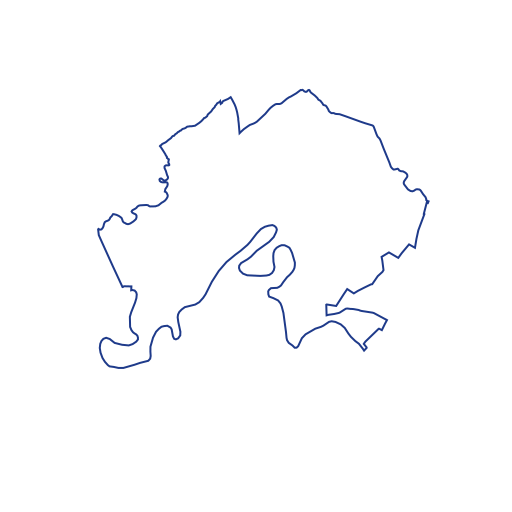 the district of Tutora, Iasi, Romania, rotated 124°
{"feature_id": "2599482B32666452870869", "entity_name": "Tutora", "entity_type": "district", "adm_level": 2, "iso_a3": "ROU", "parent_name": "Romania", "parent_adm1": "Iasi", "projection": "equal_earth", "projection_center": [27.782, 47.144], "detail": "fine", "context": "isolated", "style": "outline", "palette": "blue", "viewbox_px": 512, "rotation_deg": 124, "n_neighbors": 0, "source": "geoboundaries", "source_scale": "gbopen_adm2", "svg_char_len": 6120}
<svg xmlns="http://www.w3.org/2000/svg" viewBox="0 0 512 512"><g transform="rotate(124 256 256)"><path d="M114.2,143.5L114.5,144.7L114.4,146.2L113.5,146.8L112.4,148.4L111.3,152.1L109.7,155.9L109.5,156.7L109.5,157.7L110.5,159.7L111.0,160.3L111.7,160.8L113.5,161.5L114.9,162.5L115.7,164.3L115.8,167.2L115.6,167.9L114.1,172.4L113.7,173.4L113.3,174.0L112.3,174.7L111.0,175.0L106.2,174.9L105.5,175.0L104.7,175.5L104.1,176.1L103.7,176.9L103.5,177.8L103.4,179.2L103.6,181.4L104.7,183.4L105.0,185.0L104.4,186.6L104.4,187.3L106.5,189.2L107.3,190.1L107.4,190.6L107.2,192.3L106.6,194.1L104.0,197.6L95.6,210.2L90.7,217.2L90.0,218.4L89.5,219.5L89.1,221.7L88.6,222.7L87.6,224.3L83.2,230.4L82.7,231.4L82.6,232.1L82.7,232.7L84.8,239.4L86.1,244.1L90.1,260.0L91.7,266.0L93.2,268.6L93.8,269.8L94.0,271.2L94.3,271.9L95.3,273.2L95.4,273.7L95.3,275.5L95.0,276.8L94.1,278.0L92.6,281.3L92.4,282.4L93.0,284.3L93.0,285.0L92.4,286.0L91.3,289.4L91.5,291.7L90.7,293.6L90.1,297.0L89.8,301.8L89.6,302.6L88.7,304.2L88.7,304.9L89.2,305.4L91.5,305.9L92.1,306.5L92.5,307.9L92.2,309.8L92.3,310.5L93.2,311.2L93.4,311.8L98.6,313.6L104.5,316.4L105.9,317.3L108.6,318.4L115.0,320.2L116.2,320.9L117.0,321.7L118.7,324.2L119.7,324.9L122.1,325.9L125.0,326.8L127.4,327.2L133.0,327.8L144.2,330.4L146.0,331.2L147.6,332.1L150.8,334.4L153.3,335.4L157.6,337.0L161.3,337.9L163.4,338.3L155.7,344.5L152.6,347.2L151.9,347.6L147.5,351.9L145.8,353.8L144.0,356.0L142.3,358.5L139.8,363.1L138.5,365.8L141.4,367.0L145.8,369.8L146.7,370.0L147.9,369.7L149.6,370.3L147.8,372.2L148.4,372.2L151.2,373.6L152.6,373.5L154.5,373.8L155.7,373.5L158.3,374.0L161.2,374.0L165.7,375.1L167.4,374.7L169.7,375.4L170.7,376.2L171.6,376.2L174.7,376.7L177.4,377.5L182.1,379.4L184.4,381.9L185.5,383.5L185.9,383.8L186.8,384.9L187.5,385.5L189.2,386.0L190.3,386.7L191.6,387.8L192.6,388.2L194.1,388.5L194.9,389.2L196.0,389.4L197.1,390.1L198.6,390.3L200.1,391.0L202.2,391.2L203.0,392.0L203.9,392.3L205.8,392.4L209.2,393.6L211.5,394.2L212.5,394.6L215.6,396.4L217.0,396.6L218.1,397.1L218.6,397.1L219.0,395.7L220.4,392.4L222.3,388.1L223.0,387.0L223.4,385.8L223.7,385.2L224.3,384.9L224.5,384.7L224.4,384.3L224.7,383.4L224.6,382.7L224.6,382.3L227.2,381.2L227.7,380.8L228.3,379.5L229.0,378.8L229.3,378.8L229.8,379.2L230.7,380.7L231.4,381.5L232.2,381.8L232.7,381.9L233.3,381.7L234.3,380.9L235.8,378.4L238.6,375.0L239.7,373.2L240.2,372.8L240.9,372.5L242.1,372.5L243.4,373.0L244.4,373.7L244.7,374.1L244.9,374.8L244.7,377.5L244.8,378.1L245.6,378.8L246.0,378.9L246.6,378.8L247.6,377.7L247.7,376.8L247.7,375.9L247.0,374.3L245.1,371.7L244.8,371.0L244.9,370.5L245.1,370.0L246.1,369.2L246.9,368.9L247.9,368.6L251.2,368.6L253.6,367.6L253.4,366.2L253.7,365.2L254.9,363.3L255.5,362.8L256.4,362.4L257.3,362.3L258.5,362.2L260.8,362.4L262.8,363.1L264.6,364.0L268.5,365.2L271.1,367.2L274.2,371.6L274.4,372.8L274.3,373.9L275.0,375.4L278.8,380.4L279.8,381.3L280.7,381.7L281.6,382.0L282.6,382.0L284.0,382.4L287.1,384.0L287.8,384.1L288.7,384.0L289.2,382.9L289.2,381.6L288.8,379.5L288.8,379.0L289.0,378.3L289.4,377.6L290.7,376.7L292.3,376.2L293.3,376.3L296.0,377.0L299.3,378.4L300.7,379.4L301.3,380.1L301.9,381.6L301.8,382.2L302.1,384.0L302.1,384.6L301.8,385.7L300.3,387.7L299.6,388.9L299.5,390.6L299.5,392.2L299.9,394.7L300.8,397.2L301.2,397.9L303.7,397.9L305.6,398.3L307.1,398.0L308.5,398.1L309.7,398.7L311.0,399.7L312.5,400.3L314.5,399.9L316.9,399.0L318.6,398.8L319.5,398.9L320.3,399.0L320.9,399.4L321.6,400.5L321.6,401.7L322.2,401.8L326.6,398.0L330.3,392.1L344.4,369.2L356.4,349.3L356.3,349.1L354.9,348.5L350.9,342.3L354.2,340.3L353.4,339.6L352.5,337.3L353.1,335.0L354.5,333.4L357.8,331.6L362.3,330.2L372.4,328.0L376.9,326.6L385.2,320.7L387.1,317.8L388.0,315.3L388.1,313.5L388.0,311.6L388.4,309.8L389.6,308.3L391.2,307.2L394.0,307.4L398.0,309.0L401.3,311.5L404.5,317.4L407.1,324.6L406.6,330.8L407.6,334.5L410.0,336.2L412.9,336.6L415.9,336.0L419.6,334.1L423.1,330.8L426.4,326.2L428.2,322.1L429.3,317.8L429.4,315.7L427.5,311.9L425.7,307.4L422.9,303.3L414.1,295.9L409.5,292.4L403.1,286.7L400.3,286.3L397.8,287.4L394.3,290.1L390.2,292.8L381.3,295.7L374.7,296.5L370.6,295.8L367.5,294.8L365.5,293.0L363.4,290.5L363.1,286.8L364.0,284.9L369.1,279.9L370.4,277.5L369.9,275.8L367.8,274.5L364.2,274.4L361.1,276.3L354.2,283.5L350.6,286.7L348.1,287.9L345.3,288.3L341.9,287.7L338.2,286.4L330.2,279.2L326.0,277.2L320.3,276.4L316.0,276.4L302.0,278.2L289.2,278.5L277.5,277.1L266.3,273.8L260.4,271.7L251.6,269.3L247.6,268.7L236.9,268.0L230.9,267.0L226.8,265.0L223.8,262.5L221.2,259.7L220.8,257.8L220.9,256.1L221.5,254.6L222.6,253.4L225.2,252.6L230.4,251.9L236.9,253.0L251.2,258.3L259.4,259.8L263.5,261.2L270.2,264.4L273.4,264.5L275.4,263.4L277.1,261.2L277.9,256.9L276.9,252.5L270.1,241.3L266.4,236.5L264.2,234.4L261.1,233.2L257.8,233.3L254.8,234.5L251.0,238.3L246.5,241.6L243.8,243.1L240.7,243.9L237.6,243.5L234.8,242.2L232.7,240.8L231.1,238.3L230.6,235.0L230.5,232.9L231.5,230.8L233.3,227.8L239.7,220.1L242.0,218.6L244.3,217.5L246.3,217.1L248.8,217.0L252.6,217.5L256.2,218.4L262.2,218.8L266.5,218.8L268.5,219.5L270.5,220.6L274.3,225.6L277.0,226.3L278.5,226.1L280.9,224.3L282.3,222.4L281.2,218.0L280.5,212.8L281.6,209.2L283.5,206.4L287.9,201.4L302.3,188.6L306.8,184.9L308.4,183.2L309.7,180.3L309.8,175.7L310.4,172.6L309.3,171.1L307.2,170.6L298.5,172.0L293.2,171.1L283.1,166.2L278.5,162.6L276.1,161.2L269.7,158.6L267.8,156.8L266.2,153.2L265.3,147.5L266.0,142.2L268.6,136.1L269.9,132.2L271.0,126.1L271.2,121.6L273.1,115.7L274.0,113.5L270.3,112.9L269.9,113.2L268.6,117.5L266.9,117.5L265.6,117.4L247.7,113.6L247.4,113.2L247.1,110.2L239.9,111.2L235.9,111.6L237.4,126.4L237.8,127.7L242.6,137.9L243.1,139.4L243.3,140.6L245.4,145.3L246.1,146.6L246.9,147.8L248.4,150.8L249.3,151.9L250.0,152.3L256.0,154.9L256.9,155.5L260.3,158.7L264.3,163.1L265.7,164.3L257.1,170.5L256.8,170.4L256.6,170.2L252.6,161.6L238.5,161.9L232.4,161.9L232.3,154.0L227.9,152.0L221.4,148.4L215.2,144.8L214.4,143.9L204.6,143.8L198.5,142.3L196.4,142.4L189.2,148.7L186.5,151.4L178.7,147.8L178.0,137.0L172.2,136.8L160.8,135.6L160.3,128.8L152.0,132.6L143.9,135.8L127.2,139.8L127.3,140.4L116.3,144.3L116.3,143.5L116.1,143.1L114.2,143.5Z" fill="none" stroke="#1e3a8a" stroke-width="2"/></g></svg>